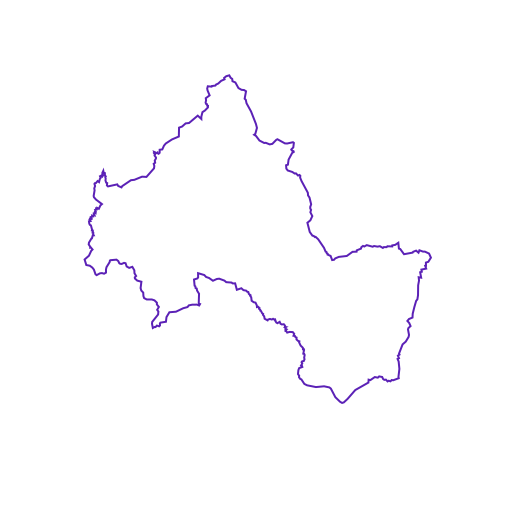 Tak Fa, Nakhon Sawan, Thailand (Robinson projection), rotated 153°
{"feature_id": "78962969B50011174142217", "entity_name": "Tak Fa", "entity_type": "district", "adm_level": 2, "iso_a3": "THA", "parent_name": "Thailand", "parent_adm1": "Nakhon Sawan", "projection": "robinson", "projection_center": [100.501, 15.388], "detail": "fine", "context": "isolated", "style": "outline", "palette": "violet", "viewbox_px": 512, "rotation_deg": 153, "n_neighbors": 0, "source": "geoboundaries", "source_scale": "gbopen_adm2", "svg_char_len": 6141}
<svg xmlns="http://www.w3.org/2000/svg" viewBox="0 0 512 512"><g transform="rotate(153 256 256)"><path d="M406.7,311.3L402.9,311.4L401.0,310.7L399.4,309.2L397.2,309.3L395.8,312.1L394.3,313.9L389.2,317.0L388.2,318.3L387.5,318.3L382.0,316.1L381.0,314.0L381.1,311.6L380.6,310.8L379.3,309.9L376.7,309.8L375.5,308.8L376.0,305.4L374.4,303.0L371.1,302.5L370.9,298.5L372.1,295.8L371.9,292.6L373.7,292.0L374.1,290.9L373.0,288.0L369.8,285.1L373.4,279.8L373.9,277.3L373.1,274.6L374.5,271.4L374.8,269.3L373.1,266.9L368.5,264.5L366.6,262.6L365.5,259.4L366.3,257.9L365.7,254.7L368.5,252.9L368.2,250.8L369.8,248.3L378.4,244.4L379.4,242.9L380.6,238.7L378.5,238.8L377.8,238.3L375.9,239.0L374.2,237.3L373.1,237.7L372.2,239.6L371.4,240.0L366.1,238.3L363.5,242.2L358.7,245.2L352.6,242.7L344.5,242.5L340.2,241.6L338.3,242.5L335.0,241.6L330.7,239.5L329.1,237.7L327.7,238.6L328.4,239.4L328.3,240.2L323.9,248.2L324.2,252.0L323.6,253.9L324.4,254.8L323.8,256.5L324.2,257.4L321.9,263.2L318.4,262.6L317.3,263.2L315.4,267.0L310.7,262.5L310.0,260.0L307.8,257.7L305.6,253.5L301.3,253.3L299.1,252.5L295.3,248.4L294.4,246.2L289.8,243.4L289.3,242.2L287.0,241.1L288.4,234.6L283.7,233.9L282.7,231.3L280.5,229.6L280.0,228.0L279.2,227.4L279.6,225.5L278.7,223.6L279.3,223.3L279.0,221.4L280.2,218.1L279.0,215.8L277.6,214.7L277.7,211.6L278.3,210.1L277.2,209.9L276.9,209.2L277.1,208.3L276.7,208.1L277.2,207.4L276.6,206.3L277.0,205.4L276.5,204.7L276.5,202.1L275.9,201.2L276.5,200.4L276.1,198.5L276.8,196.2L274.9,193.4L274.2,193.9L272.2,193.6L270.7,192.2L269.3,192.3L268.7,191.2L267.8,191.0L267.9,190.0L268.3,190.0L268.1,187.5L267.4,186.4L264.8,186.6L264.9,184.5L264.1,183.3L262.2,182.6L262.0,181.9L261.8,180.6L262.4,179.8L261.7,179.2L262.6,179.2L262.2,178.5L262.8,177.8L262.1,176.8L263.4,176.6L263.8,175.8L263.1,175.1L263.0,173.6L260.5,173.1L257.8,171.5L257.3,169.3L258.8,167.9L257.6,167.0L257.7,165.9L256.9,164.9L257.8,163.3L257.1,161.3L256.1,160.3L256.8,159.5L256.9,155.9L255.9,153.0L256.5,151.6L255.7,151.3L255.8,150.5L258.2,147.5L257.5,146.9L257.6,145.7L259.2,143.6L259.7,141.9L261.2,140.7L262.6,141.2L263.6,140.7L263.6,139.2L265.5,138.0L264.9,137.4L265.1,136.1L268.5,136.5L270.1,135.0L272.2,131.7L271.9,129.7L272.7,128.5L272.4,126.4L271.6,125.5L271.0,120.1L269.2,117.6L262.1,112.0L254.5,109.0L250.3,105.6L249.5,103.9L249.4,94.2L247.3,88.0L246.0,86.0L244.2,85.7L239.3,87.1L228.4,91.5L213.3,92.2L211.8,94.7L210.5,93.5L205.1,94.2L202.7,92.3L200.9,92.8L198.5,90.9L198.6,88.7L197.9,87.4L196.4,86.9L195.7,84.5L194.4,84.6L193.1,83.3L191.4,83.9L190.2,83.0L184.3,82.3L183.9,83.7L179.5,90.3L176.8,97.2L176.6,100.0L175.0,100.0L174.8,102.8L172.9,103.0L172.9,104.1L165.5,110.7L161.5,111.7L156.8,114.6L155.5,116.2L153.9,121.6L152.9,122.6L150.1,123.4L149.9,126.8L150.6,129.4L148.3,130.4L144.5,130.1L142.6,133.4L138.1,138.6L133.7,143.3L131.9,144.1L129.5,147.4L124.8,156.3L121.9,160.1L120.7,163.2L118.7,161.7L117.1,167.0L115.4,166.7L114.8,168.8L110.1,167.5L109.7,170.4L109.0,170.1L107.6,173.0L105.1,172.6L100.9,175.1L100.7,179.6L103.5,183.2L105.2,184.1L107.8,186.9L109.7,185.2L110.9,188.1L114.1,188.4L114.9,187.9L123.3,190.4L124.3,196.7L125.3,197.7L123.2,203.2L126.9,202.7L129.8,203.6L130.3,202.7L134.5,205.0L135.6,204.6L138.2,205.9L139.3,205.6L141.2,208.5L143.5,209.2L146.3,211.3L147.8,211.3L152.4,215.4L155.2,215.3L156.1,216.4L158.2,216.0L159.1,214.9L163.6,215.3L164.4,214.2L168.1,215.9L175.1,214.8L182.6,217.6L186.5,217.9L188.2,217.2L190.0,217.8L189.5,222.2L191.6,224.8L191.1,225.5L191.7,226.5L191.4,227.6L192.0,228.3L191.7,232.4L193.0,242.7L194.2,246.0L194.9,246.1L195.5,247.7L196.5,248.5L197.2,253.0L195.1,262.3L191.4,263.1L187.7,266.0L187.7,270.3L186.0,272.1L186.1,273.6L185.4,275.1L183.4,277.0L181.8,283.8L182.1,286.4L181.1,288.8L181.4,302.2L181.1,305.8L180.1,307.4L180.5,308.5L182.0,308.6L182.9,311.5L184.1,311.9L185.5,314.4L188.9,317.8L189.3,320.1L188.0,323.2L186.1,322.9L183.2,327.1L177.0,331.4L175.1,331.6L175.0,332.4L176.2,333.7L176.2,334.9L173.5,335.8L170.9,339.6L171.4,340.6L177.2,342.1L179.1,343.2L183.9,350.3L185.2,350.3L190.5,348.5L193.1,349.2L195.9,352.4L197.4,353.0L200.5,357.3L201.5,363.0L202.6,364.9L201.2,365.1L197.0,369.7L196.1,373.7L194.8,387.0L195.1,396.4L194.2,399.8L194.7,401.3L190.1,407.3L191.3,409.3L193.4,410.6L195.4,413.6L195.6,420.0L197.6,422.4L196.8,424.6L197.7,426.3L197.8,429.1L200.9,429.7L203.6,429.1L203.8,427.7L207.5,427.9L211.4,426.8L213.7,426.9L214.8,426.3L218.3,427.5L218.7,427.1L221.9,429.1L223.5,427.3L224.0,425.5L224.4,420.2L229.1,419.4L229.8,417.4L231.3,415.5L231.4,414.1L230.8,413.6L231.2,412.0L230.6,411.6L231.4,410.2L235.5,408.8L238.4,408.5L241.5,404.9L242.5,402.9L244.2,407.5L255.3,404.9L258.5,406.1L263.1,404.9L266.3,405.3L270.5,397.5L277.9,398.0L285.3,397.2L287.9,396.1L291.1,393.5L293.6,394.4L295.0,391.7L296.4,391.3L297.2,392.5L297.0,393.0L298.6,392.9L299.4,393.5L298.9,394.3L299.5,395.0L299.6,394.2L300.2,394.1L300.0,392.2L300.8,391.5L300.4,389.2L300.9,388.3L302.9,387.0L303.5,384.9L305.3,384.6L305.7,382.4L307.1,380.4L317.7,376.2L321.5,378.4L329.8,379.1L333.0,380.3L343.5,379.0L344.7,378.2L347.0,381.0L347.1,382.8L356.3,385.2L356.8,386.6L355.5,388.5L356.2,389.4L355.8,391.7L354.8,393.2L354.4,394.9L353.7,395.2L354.0,396.5L353.0,398.5L353.9,399.6L353.4,401.2L355.2,399.8L355.4,399.2L354.9,398.9L355.8,398.6L355.6,397.3L357.0,396.5L357.7,397.9L358.8,397.9L359.0,396.1L360.2,395.5L362.3,393.1L363.1,394.7L365.5,393.7L366.6,394.0L367.2,393.6L367.6,391.4L369.4,389.7L370.0,387.8L373.4,383.2L373.7,381.9L372.9,378.8L369.7,372.2L371.7,371.7L374.6,369.4L375.7,371.0L376.4,370.1L376.9,370.9L377.6,370.0L378.4,370.1L378.5,368.4L379.4,367.1L379.9,368.2L380.6,367.5L381.2,367.6L381.4,365.8L381.9,366.4L382.8,365.3L383.7,366.3L384.0,365.4L385.4,365.7L385.5,363.7L387.1,363.7L387.2,364.5L387.8,364.1L387.6,362.3L389.1,362.7L389.8,360.7L389.9,359.3L389.2,358.2L390.1,353.9L390.6,353.3L390.1,352.9L390.9,352.5L390.4,352.5L390.3,351.6L391.0,351.0L390.5,350.4L391.2,349.3L391.2,348.1L392.1,348.5L394.2,346.2L394.7,346.3L398.7,343.8L399.8,342.3L399.5,339.5L399.9,338.8L399.3,338.7L398.7,336.0L400.5,335.4L404.7,332.1L410.3,330.7L411.3,325.0L408.5,322.8L407.1,320.0L406.6,317.5L407.3,312.6L406.7,311.3Z" fill="none" stroke="#5b21b6" stroke-width="2"/></g></svg>